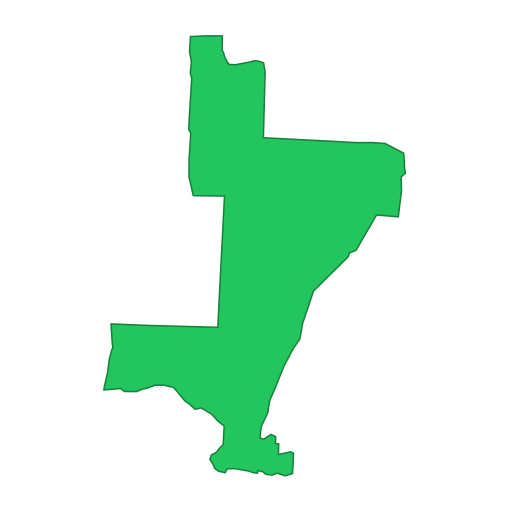 outline of Gorogly, Tashauz, Turkmenistan, rotated 183°
{"feature_id": "10190150B22032040795574", "entity_name": "Gorogly", "entity_type": "district", "adm_level": 2, "iso_a3": "TKM", "parent_name": "Turkmenistan", "parent_adm1": "Tashauz", "projection": "equal_earth", "projection_center": [59.965, 40.525], "detail": "fine", "context": "isolated", "style": "filled", "palette": "green", "viewbox_px": 512, "rotation_deg": 183, "n_neighbors": 0, "source": "geoboundaries", "source_scale": "gbopen_adm2", "svg_char_len": 2190}
<svg xmlns="http://www.w3.org/2000/svg" viewBox="0 0 512 512"><g transform="rotate(183 256 256)"><path d="M283.5,39.9L282.3,39.1L275.4,38.0L273.8,41.7L273.7,41.9L266.3,42.5L262.0,42.0L261.1,41.9L256.6,41.4L253.4,41.0L251.4,40.8L250.0,40.2L248.6,39.7L245.4,39.3L244.4,39.2L243.4,39.1L242.9,41.6L242.9,41.9L241.6,41.6L237.7,40.8L234.9,38.6L234.5,38.5L229.0,38.0L228.6,38.0L224.5,39.8L223.4,40.2L220.0,39.3L219.4,39.1L216.0,38.2L215.5,38.0L215.4,38.0L212.4,39.1L209.0,40.4L208.2,40.7L208.0,40.8L208.2,41.2L208.2,42.2L208.1,44.5L208.1,49.2L208.1,54.5L208.2,58.6L208.2,60.3L208.2,60.9L209.1,61.3L211.2,62.3L211.4,62.2L214.6,61.3L218.4,60.3L222.5,59.2L223.2,58.9L223.5,69.5L226.8,69.9L226.8,76.1L227.1,76.2L227.1,76.7L227.2,76.8L227.6,76.9L231.6,78.6L232.5,78.0L237.3,74.5L238.7,73.5L240.1,73.8L242.3,74.4L242.3,74.5L242.3,79.4L241.7,86.2L236.0,100.2L234.8,112.1L229.6,126.2L222.2,147.7L214.1,165.2L207.8,175.5L206.0,190.8L197.4,221.7L196.8,223.9L188.8,232.7L163.9,260.0L162.8,263.8L162.7,264.0L160.3,265.1L156.4,266.9L152.4,274.8L137.8,303.2L116.8,302.6L115.9,302.6L115.2,313.4L114.1,328.6L114.4,332.5L115.2,342.5L113.9,343.8L112.7,345.1L111.1,346.6L112.3,351.8L112.7,357.4L113.9,366.4L132.9,375.1L145.9,375.4L160.7,374.5L254.8,374.5L256.5,439.5L256.9,441.9L258.6,449.3L263.9,450.8L267.3,451.0L271.8,449.7L272.2,449.4L279.7,447.6L286.7,445.9L293.0,445.9L293.8,447.3L294.4,447.3L297.9,453.7L298.9,456.9L300.6,460.0L300.7,462.0L301.1,474.0L317.7,473.2L333.0,471.7L333.0,455.8L332.7,454.8L330.7,447.0L330.9,442.1L331.2,435.3L330.5,433.2L329.5,430.0L329.8,397.7L329.9,379.2L329.2,377.9L327.6,375.1L327.9,349.7L327.1,331.7L321.8,313.0L290.6,314.2L290.5,204.5L290.4,182.8L357.0,181.1L395.6,180.6L397.2,180.6L395.7,167.2L395.2,163.1L394.2,156.7L395.2,154.5L397.2,144.7L398.0,132.5L400.6,117.7L400.9,114.3L392.3,115.4L384.3,116.6L380.3,113.8L368.2,114.3L362.5,117.1L357.9,118.3L349.9,121.7L341.3,122.2L331.6,120.5L328.2,117.1L324.7,113.2L319.5,107.6L315.0,104.7L308.7,99.7L302.9,101.4L298.4,99.1L292.1,95.7L285.2,89.0L278.9,84.5L278.9,77.2L278.9,71.6L278.9,66.0L282.9,61.5L285.1,58.1L290.3,54.8L291.4,50.3L288.0,45.8L286.3,41.9L283.5,39.9Z" fill="#22c55e" stroke="#15803d" stroke-width="1.5"/></g></svg>